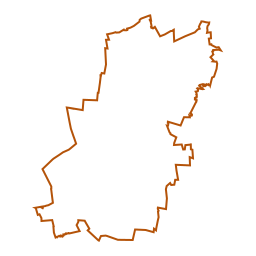 the district of West Rand, Gauteng, South Africa
{"feature_id": "47623444B6623169143942", "entity_name": "West Rand", "entity_type": "district", "adm_level": 2, "iso_a3": "ZAF", "parent_name": "South Africa", "parent_adm1": "Gauteng", "projection": "orthographic", "projection_center": [27.638, -26.223], "detail": "fine", "context": "isolated", "style": "outline", "palette": "amber", "viewbox_px": 256, "rotation_deg": 0, "n_neighbors": 0, "source": "geoboundaries", "source_scale": "gbopen_adm2", "svg_char_len": 4905}
<svg xmlns="http://www.w3.org/2000/svg" viewBox="0 0 256 256"><path d="M83.5,99.8L82.7,110.1L71.3,108.2L71.4,108.3L69.4,107.9L66.8,107.5L69.6,122.3L70.9,128.7L72.2,132.5L73.6,136.6L74.0,137.6L75.1,140.8L75.8,142.8L76.1,143.7L70.7,148.2L68.8,149.7L63.9,151.9L63.0,152.3L59.4,154.8L53.6,158.6L52.5,159.5L42.5,169.1L51.3,186.5L51.3,188.5L51.1,188.6L51.1,189.3L51.3,190.2L52.4,199.0L52.9,202.8L48.4,205.2L46.1,205.7L45.2,206.1L41.5,206.7L42.8,208.0L42.7,208.2L40.4,206.9L35.2,207.8L35.8,208.1L37.8,214.9L39.5,214.3L41.4,218.0L41.5,221.0L52.2,220.1L53.7,226.4L53.4,226.5L53.9,232.6L55.5,237.3L55.6,237.2L56.0,237.1L56.1,236.9L56.4,237.0L56.8,236.8L57.0,236.8L57.0,237.0L56.9,237.1L57.1,237.2L57.3,236.7L57.3,236.9L57.5,236.8L57.7,236.7L57.9,236.6L58.0,236.5L58.1,236.4L58.3,236.3L58.6,236.2L58.9,236.2L59.0,236.1L59.1,235.9L59.8,235.9L59.9,236.0L60.0,236.1L60.0,236.3L60.1,236.5L60.4,236.5L60.4,236.3L60.7,236.2L60.8,236.0L61.0,236.2L61.4,235.9L61.4,235.7L61.6,235.8L61.6,236.0L61.7,236.3L61.9,236.3L62.1,236.2L62.3,235.9L62.5,235.7L62.7,235.8L62.8,235.8L62.7,236.0L62.8,236.2L63.0,235.9L63.2,235.5L63.6,235.5L63.7,235.3L63.8,235.1L63.8,234.8L63.8,234.7L63.7,234.5L63.8,234.5L64.0,234.6L64.1,234.3L64.3,234.3L64.3,234.2L64.4,234.4L64.4,234.5L64.5,234.5L64.8,234.3L65.6,234.3L65.8,234.2L65.7,234.0L65.7,233.8L65.5,233.6L65.7,233.4L65.8,233.4L66.1,233.3L66.7,233.5L67.2,233.5L67.4,233.5L67.6,233.5L68.1,233.2L68.4,233.0L68.5,233.0L68.6,233.4L69.0,233.5L70.0,233.3L79.6,231.1L76.6,225.1L77.1,224.2L78.3,221.9L78.3,221.5L78.3,220.2L84.7,220.7L85.4,222.0L86.6,224.1L86.8,224.4L89.3,228.7L87.7,230.4L98.2,240.2L98.9,240.6L100.5,237.0L101.0,236.0L105.7,235.6L107.1,236.0L117.9,239.8L132.7,240.0L135.1,229.5L145.7,230.0L153.6,232.2L154.0,228.7L156.0,230.3L156.3,228.1L157.8,220.6L158.6,217.2L158.0,211.4L158.6,210.8L158.0,209.4L157.8,208.8L157.8,208.3L157.9,207.6L166.0,209.1L166.9,198.4L165.9,189.2L166.7,186.0L170.1,183.0L171.2,185.0L174.3,184.7L175.2,179.8L178.1,179.8L176.5,170.6L175.8,164.8L190.0,165.4L189.7,157.1L193.0,158.3L192.4,149.7L190.9,149.3L190.8,145.0L190.8,144.6L190.8,144.4L190.6,144.4L190.5,144.6L185.4,145.1L184.8,149.4L183.2,149.5L181.7,144.5L174.0,145.0L174.2,143.0L176.3,137.3L170.5,134.2L170.4,133.2L169.8,132.7L169.5,132.2L167.0,125.7L167.3,125.8L168.0,125.7L168.2,124.8L168.4,123.0L167.8,122.8L167.9,121.7L180.6,125.5L184.0,117.2L189.8,117.3L189.4,115.4L190.1,115.7L190.5,115.7L191.6,115.7L191.7,115.4L191.8,115.4L191.9,115.2L191.9,115.3L191.9,115.2L192.0,115.0L192.0,114.9L191.9,114.8L191.9,114.6L191.8,114.3L191.6,114.1L191.0,113.6L190.7,113.6L190.3,113.4L190.2,113.3L190.4,113.2L195.8,102.5L196.2,102.1L196.5,101.0L196.3,100.9L196.6,100.1L194.9,99.5L194.9,99.2L195.0,98.6L194.9,98.3L194.9,98.2L194.9,97.9L195.1,97.8L195.4,97.6L195.7,97.4L195.8,97.5L196.2,97.6L196.3,97.7L196.5,97.7L196.7,97.2L196.7,96.9L196.8,96.8L196.8,96.6L196.7,96.5L196.8,96.4L196.8,96.1L196.8,95.9L196.7,95.7L196.6,95.4L196.8,94.9L196.7,94.8L196.5,94.5L196.4,94.4L196.6,94.2L196.6,93.9L196.6,93.6L196.5,93.3L196.2,92.5L195.7,91.6L197.8,91.2L197.9,90.7L198.0,90.6L198.0,89.9L197.9,89.9L197.8,89.5L197.8,89.3L197.8,89.2L197.6,88.7L197.5,88.4L197.3,88.3L197.4,88.2L202.6,89.2L203.1,89.1L199.1,85.7L199.6,85.0L202.7,84.2L203.4,86.4L203.7,86.3L203.6,86.2L204.4,85.7L204.3,85.2L204.2,85.2L203.9,84.5L204.0,84.4L205.4,84.6L205.8,85.6L206.0,85.4L205.9,85.2L206.5,84.4L207.0,84.9L208.2,84.2L208.7,85.1L209.7,84.6L210.1,85.6L212.1,77.5L214.0,76.7L216.6,68.8L216.6,68.7L217.2,63.6L216.5,61.6L215.5,61.7L212.8,61.4L213.6,60.7L210.5,57.2L213.3,54.5L213.0,54.1L212.8,52.8L212.3,51.6L212.7,51.3L213.3,51.0L213.4,50.9L213.5,50.7L212.9,50.5L213.1,50.0L213.3,50.0L218.8,49.7L220.8,50.4L218.7,47.2L216.4,47.5L211.4,45.0L211.3,44.3L209.6,44.4L208.8,38.6L211.0,38.3L210.7,32.3L208.4,32.5L207.0,32.8L207.2,31.8L207.5,30.1L207.2,28.6L207.2,28.1L207.3,27.4L207.4,26.7L207.7,25.8L208.3,25.1L208.8,24.4L209.0,23.9L209.1,23.3L209.2,22.5L208.5,22.6L205.8,22.2L204.6,21.9L203.8,21.7L203.0,21.5L201.4,21.4L200.9,22.8L200.2,23.8L198.9,26.8L199.7,28.7L197.8,29.4L194.9,32.3L185.3,36.2L174.2,41.4L173.8,33.1L173.8,29.7L173.4,29.9L172.1,31.0L170.8,31.0L164.7,34.5L160.1,36.3L155.2,27.5L155.1,27.2L154.9,26.9L154.8,27.0L154.7,27.1L154.7,27.3L154.4,27.4L154.2,27.6L154.1,27.8L153.7,28.0L153.4,28.2L153.3,28.3L152.9,28.4L152.6,28.3L152.0,28.0L151.9,28.0L151.7,27.9L151.8,27.8L151.9,27.7L151.7,27.7L151.1,27.1L151.0,26.8L151.4,26.5L151.5,25.7L150.7,21.7L149.7,19.8L149.8,19.7L151.0,20.2L150.2,15.4L149.5,15.5L141.2,18.6L139.7,19.8L139.5,21.6L133.9,25.9L130.4,27.7L127.1,28.6L127.5,29.8L127.4,30.0L126.2,30.3L124.1,30.2L123.8,29.6L119.3,32.4L116.2,32.6L115.6,32.2L112.4,33.2L107.1,34.3L109.0,39.7L106.0,39.8L107.5,48.5L105.2,48.2L106.0,64.5L104.3,73.5L101.7,73.0L101.0,75.2L100.5,75.2L100.5,75.8L100.9,75.9L100.8,76.4L100.6,77.1L100.5,77.9L99.9,83.0L98.5,92.8L97.8,92.8L97.5,95.8L97.1,100.3L83.5,99.8Z" fill="none" stroke="#b45309" stroke-width="2"/></svg>